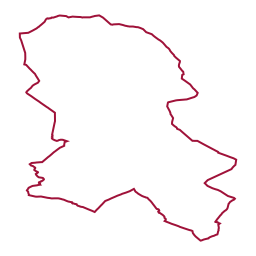 Nissedal nor, Telemark, Norway
{"feature_id": "86288312B6017689781650", "entity_name": "Nissedal nor", "entity_type": "district", "adm_level": 2, "iso_a3": "NOR", "parent_name": "Norway", "parent_adm1": "Telemark", "projection": "robinson", "projection_center": [8.535, 59.049], "detail": "fine", "context": "isolated", "style": "outline", "palette": "rose", "viewbox_px": 256, "rotation_deg": 0, "n_neighbors": 0, "source": "geoboundaries", "source_scale": "gbopen_adm2", "svg_char_len": 5643}
<svg xmlns="http://www.w3.org/2000/svg" viewBox="0 0 256 256"><path d="M26.9,190.4L27.4,191.0L27.9,191.4L28.2,191.9L28.2,192.4L28.3,193.0L28.9,194.4L28.8,195.1L35.4,196.6L36.7,196.7L41.0,196.5L47.5,197.8L50.0,198.1L51.4,198.4L57.8,198.3L59.3,198.5L60.2,198.8L60.6,198.8L62.1,199.3L63.8,199.7L66.8,201.0L68.5,201.6L69.3,201.7L70.5,202.0L71.3,202.1L72.2,202.3L72.3,202.5L72.2,203.2L72.6,203.5L73.2,203.4L74.0,203.6L75.3,204.1L75.7,204.0L76.4,204.2L76.7,204.3L76.9,204.9L77.3,205.4L77.7,205.7L78.2,205.8L78.9,206.0L79.4,206.3L80.3,206.5L81.0,206.8L82.8,207.0L86.6,208.6L88.5,209.4L92.5,211.0L93.1,211.3L94.7,212.0L96.4,210.1L97.4,209.1L98.2,208.4L99.6,206.9L101.4,205.0L101.9,204.6L102.6,203.8L105.2,201.0L108.7,199.6L111.2,198.4L114.7,196.9L117.4,195.7L121.0,194.4L122.2,193.8L125.7,192.7L129.7,191.2L133.9,188.9L135.0,190.7L135.1,191.1L135.7,191.8L136.9,192.6L138.2,193.7L141.9,195.9L143.8,196.7L145.1,197.1L145.9,197.5L147.4,197.8L147.7,198.1L148.3,198.9L148.8,199.4L150.0,200.5L150.8,201.3L152.1,202.9L152.8,203.9L154.0,205.4L156.1,208.2L156.6,208.8L156.9,209.0L157.9,209.1L158.7,209.5L158.8,209.6L159.3,210.8L159.2,210.9L158.8,211.1L158.6,211.3L158.3,211.4L158.2,211.6L158.4,211.9L158.6,212.2L158.6,212.3L158.8,212.7L159.2,212.8L159.3,212.9L159.7,213.0L160.3,213.2L160.7,213.6L161.4,214.0L162.8,215.0L163.9,216.0L164.4,216.7L164.5,216.9L164.4,217.5L164.5,217.9L165.8,219.1L165.7,219.9L164.7,221.0L166.3,221.7L169.2,222.8L171.6,223.8L175.5,225.1L178.8,226.3L179.7,226.8L184.4,228.4L189.6,230.1L190.6,230.3L191.8,230.7L192.5,231.1L192.8,232.8L192.9,233.1L193.2,233.6L193.9,234.4L194.0,234.7L195.0,235.8L195.5,236.4L200.5,240.6L201.6,240.4L203.8,239.5L207.0,238.7L207.3,238.7L207.9,238.5L208.1,238.5L208.5,238.4L208.6,238.0L209.0,237.8L209.5,237.4L210.4,237.0L211.8,236.4L212.7,236.1L213.9,235.8L215.8,234.9L217.4,234.4L217.7,233.4L218.1,231.4L218.6,230.5L218.5,230.0L218.6,229.7L218.5,229.1L218.7,228.7L218.8,228.3L218.8,228.0L218.8,227.6L218.3,224.7L219.8,223.5L217.4,222.5L217.5,222.2L217.3,222.1L216.6,222.0L216.2,222.0L215.9,221.9L215.5,222.0L215.4,222.0L215.3,221.9L216.8,219.8L217.7,218.6L218.2,218.1L218.7,217.4L219.5,216.5L219.7,216.1L220.5,215.2L221.2,214.6L221.7,213.9L221.8,213.6L222.0,213.3L224.7,210.9L225.6,210.4L226.5,209.6L227.2,208.8L227.6,207.8L228.6,203.8L228.9,203.6L229.9,202.1L232.2,200.5L232.8,200.2L233.8,199.7L234.2,199.5L234.9,198.7L234.0,197.9L227.9,196.0L220.7,191.3L217.8,189.9L215.3,189.2L212.4,188.2L207.5,185.9L204.7,183.1L207.7,180.1L230.2,169.7L231.5,169.1L232.4,167.8L233.3,166.8L234.3,165.8L235.4,164.9L236.2,159.7L233.6,158.3L229.9,157.0L229.4,156.8L226.8,155.8L218.2,152.7L218.2,152.0L203.3,144.1L197.5,140.9L192.4,140.8L182.1,131.9L180.1,130.1L179.7,129.8L177.8,129.1L177.0,128.7L176.9,128.0L176.6,127.6L176.1,127.1L175.6,126.9L173.6,125.4L172.0,123.9L172.1,122.0L173.1,118.1L171.3,115.2L170.5,114.1L170.4,112.9L170.1,112.3L170.0,111.8L169.3,110.4L167.2,106.4L167.9,102.8L168.2,102.3L175.9,100.4L177.3,100.2L186.8,99.4L192.1,97.7L194.4,97.0L196.6,95.5L197.7,92.9L194.4,89.3L193.2,88.4L190.2,84.5L184.9,80.7L181.8,78.6L181.9,77.6L182.2,75.0L183.6,74.3L183.2,71.7L182.0,70.6L181.2,69.5L179.0,66.8L178.9,65.7L178.9,65.2L179.0,64.9L179.1,64.2L179.9,61.9L179.9,61.0L175.9,57.6L174.2,55.9L174.0,55.1L171.5,52.5L170.8,51.6L170.2,50.9L169.9,50.2L169.1,48.9L168.0,47.9L166.5,46.9L164.3,44.3L162.8,42.6L160.7,40.9L159.6,40.1L158.6,39.6L156.0,37.7L154.4,36.5L153.2,35.5L151.8,34.2L146.2,32.2L143.2,29.2L140.4,28.0L138.6,27.4L138.0,27.2L136.3,27.1L132.8,26.5L129.3,26.5L128.5,26.3L127.9,26.3L126.2,25.9L125.4,25.8L122.9,25.0L119.1,24.1L113.4,24.4L112.4,24.7L110.7,24.4L103.0,17.6L99.2,15.4L94.7,16.0L93.8,16.3L92.1,16.7L90.1,17.3L86.7,17.3L85.8,17.3L84.5,17.3L83.9,17.3L83.1,17.3L82.4,17.5L80.9,17.1L79.9,17.0L79.1,17.0L75.3,16.8L72.6,16.6L68.5,17.4L66.2,16.1L59.7,15.5L57.8,16.0L57.3,16.3L53.3,17.6L52.9,17.6L52.5,17.6L51.9,17.5L51.3,17.7L51.2,17.8L51.2,18.0L50.9,18.2L49.6,18.3L48.8,18.6L48.2,18.6L48.1,18.4L47.9,18.3L47.7,18.4L47.1,18.6L46.6,18.7L46.0,18.6L46.3,18.7L44.6,21.8L41.5,24.5L39.4,26.2L39.0,26.7L38.2,27.1L36.6,28.4L32.6,30.6L28.3,32.8L19.8,33.5L19.9,37.6L21.2,40.4L25.2,52.9L25.3,56.5L25.3,59.4L24.3,64.4L26.2,64.9L28.6,67.5L29.5,68.5L31.0,69.9L31.4,70.4L33.4,72.4L35.0,73.9L35.9,75.6L37.5,78.1L38.6,79.9L39.2,80.9L37.9,82.7L34.4,84.5L32.6,85.7L30.9,87.9L29.4,89.1L26.7,91.6L26.3,92.4L26.9,93.2L27.5,93.7L31.3,96.2L35.2,99.0L39.1,101.6L41.1,103.1L46.6,106.9L47.7,107.6L48.1,107.8L48.8,108.4L54.9,112.7L55.0,121.2L54.6,122.8L52.1,134.7L52.4,134.8L52.6,135.2L52.6,135.3L52.5,135.6L52.5,135.8L52.3,136.1L52.2,136.3L52.3,136.3L52.5,137.0L52.5,137.3L51.9,138.4L52.0,138.6L52.4,138.8L53.1,139.4L54.1,139.9L54.7,140.2L56.7,140.9L57.8,140.7L58.9,140.1L60.9,139.7L62.8,139.8L66.9,141.2L66.6,141.3L66.2,141.5L64.7,141.9L64.5,143.1L64.2,144.7L64.2,145.3L64.2,145.8L59.6,147.9L59.2,148.3L58.2,149.0L53.9,152.2L52.5,153.4L52.0,153.9L49.3,156.2L48.3,156.9L44.9,159.8L43.1,161.3L42.2,162.1L41.6,162.1L36.5,162.5L35.2,162.7L31.6,163.0L29.8,164.2L31.0,165.5L32.8,166.0L35.2,167.7L35.2,168.2L34.7,168.8L34.3,169.6L34.3,170.0L36.2,171.3L37.1,171.7L37.9,172.1L38.0,172.3L37.9,172.5L37.4,172.9L36.1,173.8L35.8,174.0L36.0,174.6L37.1,175.9L37.4,176.3L38.8,177.3L39.4,177.4L42.1,177.8L42.9,178.0L43.7,178.8L43.8,179.0L43.9,179.5L43.3,180.0L43.1,180.2L42.9,180.3L42.8,180.5L41.9,181.0L41.5,181.1L41.5,181.3L40.8,181.6L40.5,181.6L40.2,181.8L39.7,182.1L39.1,182.2L38.9,182.4L38.9,182.9L39.3,183.1L39.8,183.1L39.9,183.3L40.0,183.6L39.8,183.7L39.7,184.0L39.9,184.4L39.9,184.6L40.0,184.7L38.5,184.9L37.8,185.1L37.1,185.3L32.7,185.9L31.9,186.2L28.6,187.8L28.5,188.2L26.9,190.4Z" fill="none" stroke="#9f1239" stroke-width="2"/></svg>